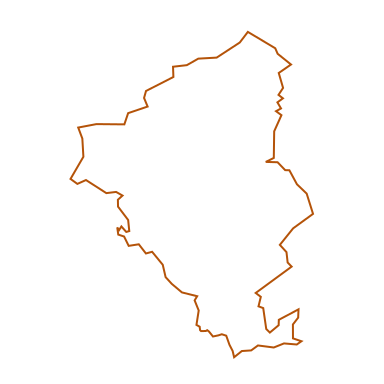 Saraj, Saraj, North Macedonia, rotated 183°
{"feature_id": "65306769B68285102273894", "entity_name": "Saraj", "entity_type": "district", "adm_level": 2, "iso_a3": "MKD", "parent_name": "North Macedonia", "parent_adm1": "Saraj", "projection": "albers", "projection_center": [21.239, 42.003], "detail": "fine", "context": "isolated", "style": "outline", "palette": "amber", "viewbox_px": 384, "rotation_deg": 183, "n_neighbors": 0, "source": "geoboundaries", "source_scale": "gbopen_adm2", "svg_char_len": 1334}
<svg xmlns="http://www.w3.org/2000/svg" viewBox="0 0 384 384"><g transform="rotate(183 192 192)"><path d="M144.6,354.8L152.1,343.8L174.4,327.5L192.7,325.5L203.8,318.4L217.5,316.1L216.6,305.9L243.2,290.5L244.8,283.4L240.8,275.0L259.9,267.4L263.1,256.0L291.0,254.8L309.0,250.4L304.3,239.6L302.3,221.5L314.0,198.7L306.9,194.1L298.5,198.4L277.5,186.4L267.8,188.1L261.2,184.8L265.6,180.4L265.1,173.5L254.3,160.7L252.6,149.7L255.6,148.7L260.7,153.9L262.8,150.2L264.8,152.7L263.4,145.6L257.5,144.0L252.4,134.9L242.4,137.0L234.8,128.2L228.7,130.2L217.4,117.8L213.9,105.6L207.4,99.2L196.8,91.2L181.4,88.2L183.7,83.9L179.1,74.0L180.6,59.5L177.3,57.9L176.7,54.5L175.7,53.6L170.9,53.9L169.6,54.8L167.8,53.6L163.5,48.8L158.2,50.2L154.8,51.5L150.3,50.3L146.6,41.4L143.1,35.4L141.3,29.2L133.9,35.8L124.6,36.9L118.1,42.2L102.2,41.0L92.2,45.6L79.4,45.2L74.9,48.7L83.5,51.1L84.3,65.0L79.4,72.1L79.5,80.4L98.6,68.9L98.5,63.5L106.9,55.7L110.7,59.1L114.8,79.8L119.6,81.3L117.8,90.9L123.1,94.5L88.6,122.7L92.8,126.6L94.5,136.9L101.5,143.8L89.1,161.0L70.0,176.5L77.4,196.4L87.6,205.2L95.9,218.8L100.1,218.7L108.1,226.2L119.9,225.9L112.1,230.3L113.1,256.9L106.7,273.4L112.3,277.1L107.5,280.1L111.4,286.0L106.1,290.3L110.7,293.5L106.5,300.7L111.6,315.4L99.8,324.5L113.7,334.5L116.4,339.9L144.6,354.8Z" fill="none" stroke="#b45309" stroke-width="2"/></g></svg>